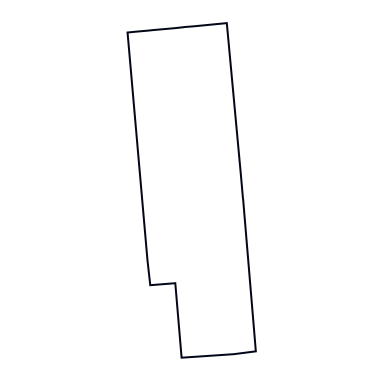 outline of Kiowa, Colorado, United States of America, rotated 265°
{"feature_id": "52423323B14805582896473", "entity_name": "Kiowa", "entity_type": "district", "adm_level": 2, "iso_a3": "USA", "parent_name": "United States of America", "parent_adm1": "Colorado", "projection": "orthographic", "projection_center": [-102.553, 38.44], "detail": "fine", "context": "isolated", "style": "outline", "palette": "ink", "viewbox_px": 384, "rotation_deg": 265, "n_neighbors": 0, "source": "geoboundaries", "source_scale": "gbopen_adm2", "svg_char_len": 497}
<svg xmlns="http://www.w3.org/2000/svg" viewBox="0 0 384 384"><g transform="rotate(265 192 192)"><path d="M102.8,142.3L102.6,167.4L27.9,167.2L27.8,169.3L26.8,219.5L27.7,241.7L50.8,241.8L181.2,242.3L181.5,242.2L199.4,242.2L203.6,242.2L204.0,242.2L357.2,241.4L357.1,228.9L356.9,208.1L357.0,199.1L356.9,198.0L356.7,188.2L356.7,173.3L356.7,168.0L356.6,162.2L356.6,157.9L356.6,151.3L356.5,141.7L353.3,141.7L351.2,141.7L127.7,141.7L102.8,142.3Z" fill="none" stroke="#020617" stroke-width="2"/></g></svg>